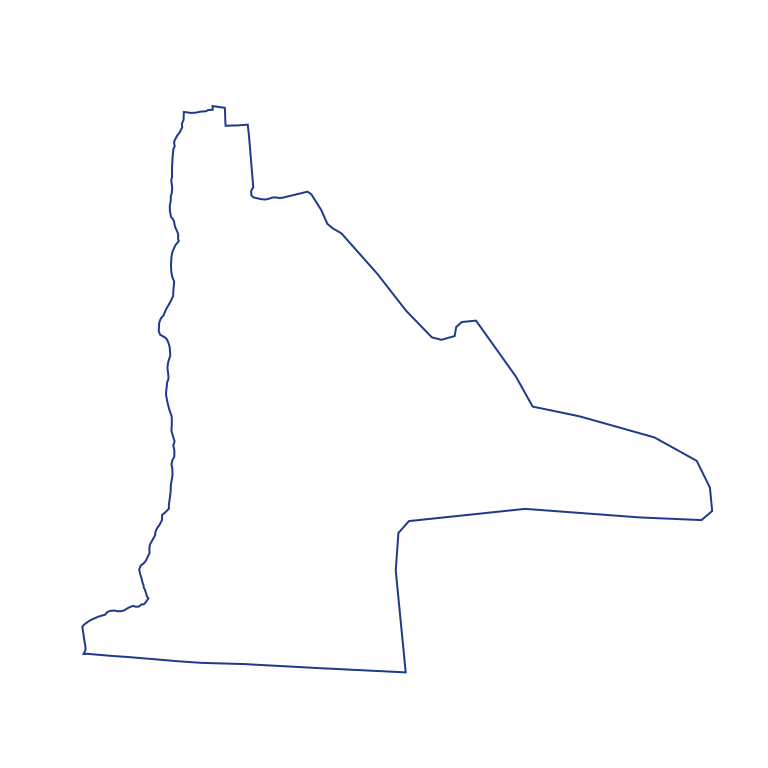 Karrari, Khartoum, Sudan, rotated 176°
{"feature_id": "16777658B93959590111568", "entity_name": "Karrari", "entity_type": "district", "adm_level": 2, "iso_a3": "SDN", "parent_name": "Sudan", "parent_adm1": "Khartoum", "projection": "mercator", "projection_center": [32.496, 16.026], "detail": "fine", "context": "isolated", "style": "outline", "palette": "blue", "viewbox_px": 768, "rotation_deg": 176, "n_neighbors": 0, "source": "geoboundaries", "source_scale": "gbopen_adm2", "svg_char_len": 2982}
<svg xmlns="http://www.w3.org/2000/svg" viewBox="0 0 768 768"><g transform="rotate(176 384 384)"><path d="M382.5,94.8L382.5,95.9L385.3,197.1L380.0,234.4L368.7,245.5L251.9,249.6L137.8,233.0L76.8,226.1L65.5,234.4L66.1,257.9L77.4,285.5L117.9,311.8L190.9,338.0L237.3,351.1L251.9,382.2L287.8,440.8L302.0,440.4L308.0,435.8L310.2,426.9L323.7,424.1L333.0,427.2L356.9,455.6L383.0,494.4L416.0,537.3L424.1,542.7L429.3,547.7L434.6,562.2L443.3,578.4L446.9,581.2L472.2,576.9L475.4,576.8L479.4,577.8L482.8,577.7L485.5,576.9L489.4,576.3L493.8,577.0L501.3,579.3L503.1,581.5L503.2,585.0L502.3,587.4L500.7,589.1L501.2,629.3L501.4,641.2L501.8,652.2L505.6,652.2L512.6,652.2L516.3,652.4L519.1,652.5L524.0,652.6L524.0,655.3L523.8,661.2L523.5,670.6L527.3,671.4L535.7,673.2L535.7,669.6L540.3,669.5L542.8,668.5L547.7,668.5L553.2,667.8L557.7,667.9L564.7,669.4L565.5,661.6L567.6,657.4L567.3,654.4L569.3,650.9L570.6,648.8L572.8,646.5L575.7,641.9L576.6,639.6L576.2,635.7L577.7,633.0L579.2,624.4L580.5,613.3L581.0,605.0L582.0,602.4L581.6,594.7L582.3,589.6L583.6,586.3L583.8,582.5L584.5,579.6L585.3,576.6L585.5,571.6L585.1,568.3L584.9,565.7L583.3,563.6L582.1,560.7L581.8,557.8L581.3,554.9L579.6,550.2L578.8,547.7L579.3,543.2L578.8,540.8L581.0,538.5L582.5,536.8L585.5,531.4L587.1,526.1L588.2,517.5L588.4,510.8L587.8,505.8L586.2,500.8L587.7,491.3L588.2,486.5L590.0,483.3L591.6,480.5L595.6,474.6L598.0,470.2L599.3,467.6L602.0,465.1L603.0,462.9L604.0,460.7L605.0,452.4L603.9,448.8L602.0,447.5L599.1,445.7L597.4,443.6L595.8,438.9L595.2,435.2L595.2,430.6L595.2,427.4L597.3,422.1L598.1,419.5L598.9,415.3L598.5,407.1L598.7,404.0L600.2,400.8L602.2,389.3L601.6,382.8L600.2,374.4L598.1,366.7L598.1,363.6L598.5,358.5L599.3,352.4L598.1,346.2L596.9,341.4L598.5,337.4L597.8,332.8L598.0,328.8L598.3,326.1L600.4,322.9L601.6,318.7L601.1,314.8L601.3,307.9L602.2,304.1L603.7,298.0L604.4,291.3L606.1,282.8L607.0,278.8L607.3,274.6L611.2,271.2L614.5,268.9L614.9,263.9L617.8,259.1L620.0,256.6L622.4,252.4L622.8,249.3L627.2,242.4L628.5,240.5L629.6,236.5L629.6,231.9L633.8,224.4L636.2,221.9L639.2,220.0L641.2,216.0L640.4,211.1L639.2,205.7L638.7,202.5L637.9,200.1L637.9,197.7L636.9,195.6L636.0,192.1L635.3,188.7L634.0,186.7L636.5,183.2L639.1,180.9L641.4,181.0L643.9,179.1L647.2,179.1L649.7,180.1L652.9,179.3L655.8,178.0L658.9,176.3L662.4,175.7L665.8,175.9L668.7,176.8L672.9,176.8L676.1,175.7L678.1,173.4L681.8,172.6L685.6,171.7L692.1,169.4L696.1,167.4L700.3,164.6L702.0,162.5L701.6,159.6L701.3,155.5L701.0,151.6L700.2,143.2L700.3,139.5L702.2,136.1L702.4,135.8L702.5,135.6L701.4,135.6L700.6,135.6L698.8,135.6L695.3,135.0L682.1,132.9L680.5,132.7L680.2,132.6L677.0,132.1L659.1,129.6L657.0,129.3L646.9,127.7L636.3,126.1L608.3,121.7L601.8,120.8L591.0,119.3L585.0,118.5L542.5,114.3L542.2,114.3L534.6,113.3L510.4,110.3L487.8,107.5L467.3,104.9L457.6,103.8L438.5,101.5L437.9,101.4L423.2,99.7L422.1,99.5L416.0,98.8L411.2,98.2L408.2,97.9L395.9,96.4L391.6,95.9L383.5,94.9L382.6,94.8L382.5,94.8Z" fill="none" stroke="#1e3a8a" stroke-width="2"/></g></svg>